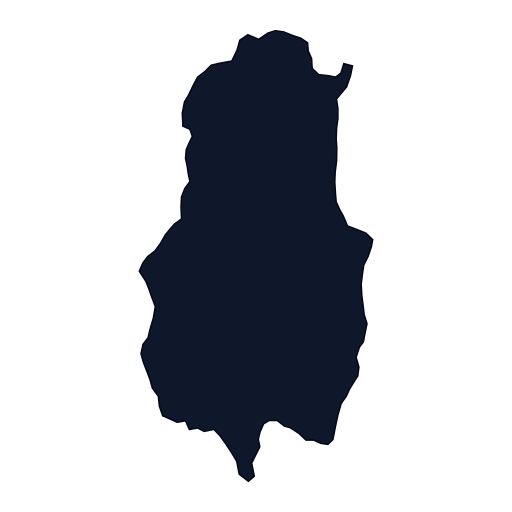 outline of São Geraldo da Piedade, Minas Gerais, Brazil
{"feature_id": "56859067B84710447672664", "entity_name": "São Geraldo da Piedade", "entity_type": "district", "adm_level": 2, "iso_a3": "BRA", "parent_name": "Brazil", "parent_adm1": "Minas Gerais", "projection": "natural_earth1", "projection_center": [-42.309, -18.896], "detail": "fine", "context": "isolated", "style": "filled", "palette": "ink", "viewbox_px": 512, "rotation_deg": 0, "n_neighbors": 0, "source": "geoboundaries", "source_scale": "gbopen_adm2", "svg_char_len": 1746}
<svg xmlns="http://www.w3.org/2000/svg" viewBox="0 0 512 512"><path d="M327.9,444.4L332.9,439.6L335.5,426.3L337.9,415.0L341.2,403.5L346.4,396.0L349.4,389.4L353.2,383.1L357.8,375.9L358.9,367.1L356.1,357.3L359.4,347.3L363.4,341.8L364.8,334.3L367.0,323.7L364.2,314.7L363.1,305.4L361.8,295.1L361.2,284.1L362.4,274.3L363.8,265.0L368.2,256.2L371.4,246.7L372.7,239.7L365.9,233.1L357.8,229.9L347.5,225.9L343.2,215.8L339.8,209.8L336.2,201.9L335.5,193.8L334.8,182.0L335.2,172.2L336.6,160.7L336.8,147.7L336.2,139.1L336.6,128.1L337.9,118.6L337.9,108.2L336.5,99.0L341.1,93.5L346.6,86.9L350.5,75.6L352.5,65.9L343.8,63.6L340.9,73.1L335.6,77.1L328.2,75.6L318.8,74.7L312.2,68.4L311.6,58.6L308.3,51.1L307.6,42.8L300.7,38.1L292.7,35.5L283.7,31.9L275.4,30.7L268.0,33.0L258.7,39.3L247.8,34.7L239.8,40.2L237.1,49.9L231.8,61.0L219.2,63.3L211.2,65.2L204.8,71.6L197.6,77.1L193.3,85.2L188.5,95.2L184.5,101.8L182.3,113.2L182.9,126.2L189.9,129.3L192.3,136.4L189.3,142.6L186.2,149.7L185.5,158.4L187.2,166.2L188.2,173.4L189.9,181.5L184.9,188.3L181.5,196.8L181.0,206.8L181.5,218.9L174.6,223.9L170.0,229.1L165.3,234.9L160.6,243.2L154.9,251.0L147.7,256.5L142.8,263.0L139.3,271.2L145.8,281.3L148.7,288.4L151.3,295.9L155.3,306.6L153.3,318.2L150.0,329.3L148.0,337.8L143.0,344.3L141.0,353.7L143.4,362.3L146.7,370.9L150.0,379.5L152.4,388.2L158.3,396.2L159.4,406.3L162.7,415.8L170.0,419.0L177.2,422.3L185.5,420.8L189.3,429.5L197.6,428.0L204.2,431.4L213.9,429.4L219.9,435.7L226.1,444.4L232.0,453.4L236.7,461.2L239.2,474.2L248.4,481.3L254.3,476.2L251.7,463.2L256.1,454.2L259.8,446.8L258.3,439.3L260.0,432.1L263.6,423.9L269.1,420.5L277.2,420.5L284.2,426.0L290.3,427.8L298.9,433.4L306.0,440.1L313.6,440.1L320.6,443.3L327.9,444.4Z" fill="#0f172a" stroke="#020617" stroke-width="1.5"/></svg>